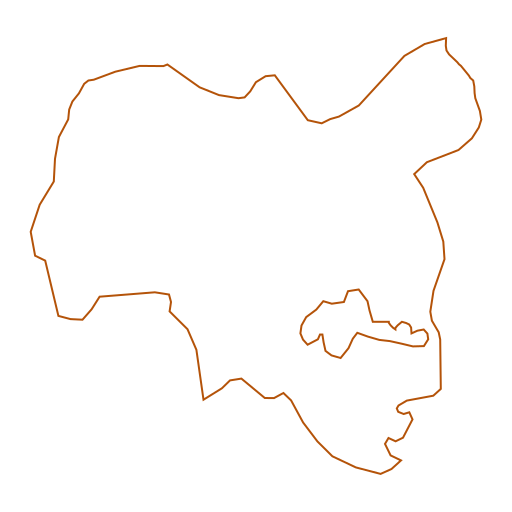 SVG path tracing the border of Tolna
{"feature_id": "HUN-3165", "entity_name": "Tolna", "entity_type": "County", "adm_level": 1, "iso_a3": "HUN", "parent_name": "Hungary", "parent_adm1": "", "projection": "robinson", "projection_center": [18.659, 46.474], "detail": "fine", "context": "isolated", "style": "outline", "palette": "amber", "viewbox_px": 512, "rotation_deg": 0, "n_neighbors": 0, "source": "natural_earth", "source_scale": "10m", "svg_char_len": 1878}
<svg xmlns="http://www.w3.org/2000/svg" viewBox="0 0 512 512"><path d="M321.7,123.3L330.2,119.1L338.9,116.6L358.8,105.5L404.4,55.9L424.7,44.0L446.1,38.1L445.8,45.8L446.5,50.5L449.1,54.4L457.3,62.2L459.0,64.3L460.9,65.8L468.9,75.6L470.3,78.0L473.2,80.5L474.3,86.4L474.6,93.1L475.3,98.2L479.9,111.0L481.3,119.6L478.8,127.5L471.9,138.3L458.5,150.0L426.9,162.2L414.2,174.1L423.2,187.8L437.4,222.4L443.3,241.6L444.5,259.2L433.5,290.8L430.3,311.7L431.9,320.7L438.7,332.3L440.2,339.5L440.8,388.9L433.3,395.7L406.8,400.6L398.5,405.5L396.8,408.4L398.2,411.8L403.6,414.0L409.3,412.3L412.5,419.4L403.0,437.7L395.6,441.3L388.5,438.0L385.0,443.9L390.6,455.4L401.0,460.4L391.5,469.0L380.6,473.9L355.8,467.4L332.4,456.3L317.4,441.4L303.1,422.5L291.1,400.4L283.4,393.0L274.0,398.1L264.8,398.0L241.4,378.6L230.0,380.4L221.9,388.3L203.5,399.7L196.4,349.8L187.5,329.2L169.6,311.4L171.0,302.0L169.0,294.5L154.8,292.3L99.6,296.7L91.6,309.3L82.5,319.7L70.5,319.1L58.4,315.9L45.2,260.6L35.1,255.7L30.7,231.8L39.7,204.7L53.8,181.5L55.0,158.8L58.9,137.0L68.2,119.4L69.2,109.5L72.4,101.5L78.9,93.4L84.2,83.8L88.4,80.5L93.8,79.7L115.3,71.7L139.6,65.9L163.4,66.1L167.4,64.5L199.6,87.3L219.0,95.1L238.5,98.2L244.6,97.4L250.2,91.4L255.9,82.2L265.6,76.2L274.8,75.3L307.8,120.2L321.7,123.3ZM372.8,321.8L369.5,310.4L367.5,301.2L358.7,289.5L348.0,291.2L343.9,302.0L331.8,303.7L323.3,301.2L316.3,309.6L306.2,317.1L301.5,325.5L300.4,333.4L303.0,339.6L307.6,344.7L317.9,339.3L320.0,334.5L322.4,334.5L323.6,342.3L325.5,350.9L331.5,355.4L340.6,358.0L348.5,348.2L352.8,338.7L357.3,332.8L367.9,336.6L379.3,339.9L389.9,341.1L402.1,343.8L412.9,346.4L423.9,346.1L428.2,339.3L427.4,333.6L423.7,329.5L417.4,330.7L411.5,333.4L411.1,327.5L409.2,324.5L406.1,323.0L401.9,321.8L397.7,325.3L395.4,327.9L395.4,329.4L393.2,327.9L390.6,325.3L388.8,322.8L388.8,321.8L372.8,321.8Z" fill="none" stroke="#b45309" stroke-width="2"/></svg>